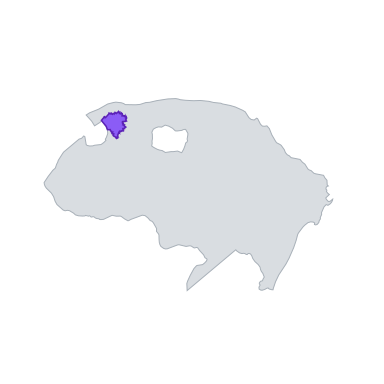 location of Zululand, KwaZulu-Natal, South Africa, rotated 230°
{"feature_id": "47623444B26591670939926", "entity_name": "Zululand", "entity_type": "district", "adm_level": 2, "iso_a3": "ZAF", "parent_name": "South Africa", "parent_adm1": "KwaZulu-Natal", "projection": "mercator", "projection_center": [31.134, -27.898], "detail": "fine", "context": "in_parent", "style": "filled", "palette": "violet", "viewbox_px": 384, "rotation_deg": 230, "n_neighbors": 0, "source": "geoboundaries", "source_scale": "gbopen_adm2", "svg_char_len": 7716}
<svg xmlns="http://www.w3.org/2000/svg" viewBox="0 0 384 384"><g transform="rotate(230 192 192)"><path d="M261.0,81.7L269.2,80.5L272.9,81.2L277.4,83.0L281.5,83.6L288.6,82.9L291.0,83.2L292.9,83.9L294.3,84.8L296.4,91.9L298.1,99.5L298.1,102.0L298.3,102.9L300.3,106.2L301.1,108.2L302.2,109.9L304.8,118.1L305.1,119.5L305.1,139.5L304.1,141.9L304.5,145.1L303.3,145.5L296.3,141.4L295.1,141.6L293.1,143.1L291.2,145.5L290.4,147.5L286.8,152.9L286.6,156.4L286.9,159.3L288.1,159.5L288.9,161.6L290.9,165.0L294.1,167.2L297.1,168.2L301.4,168.4L304.7,168.4L304.5,166.1L305.3,159.9L310.8,160.7L319.0,160.4L318.5,164.4L315.5,173.6L313.6,184.0L311.1,189.2L309.8,191.4L305.8,195.2L303.7,196.5L301.9,197.0L295.1,204.8L292.5,208.5L290.2,214.1L288.0,217.1L284.7,223.6L278.9,233.2L274.0,239.6L271.8,241.4L270.3,242.3L266.4,246.0L260.9,251.9L256.7,257.3L250.5,263.3L246.8,266.0L241.4,271.2L239.8,272.0L233.7,276.9L229.3,279.8L222.1,283.3L219.2,284.3L212.4,283.4L209.6,283.9L207.2,285.9L207.0,289.0L206.0,289.4L199.8,288.0L197.2,288.3L195.7,289.9L194.5,291.9L190.9,292.0L184.5,289.9L177.0,288.6L175.3,288.5L171.7,290.0L170.4,290.3L165.1,289.9L162.2,288.9L159.3,288.9L157.2,289.8L154.6,290.0L147.5,295.7L143.9,295.7L140.7,296.4L135.2,295.6L133.5,296.0L131.8,297.0L128.1,297.4L126.6,298.3L120.2,303.5L117.6,302.9L114.2,302.9L110.5,300.1L109.0,300.3L109.4,299.4L109.5,298.0L108.2,296.5L106.7,296.5L105.9,295.3L103.7,295.2L101.8,295.6L101.5,290.8L100.6,290.3L98.3,290.2L97.2,290.4L96.7,290.8L96.1,291.9L96.1,295.2L95.3,294.3L94.4,292.3L94.1,290.1L94.4,287.6L96.1,286.7L95.7,283.5L93.0,278.0L91.4,276.8L90.1,274.0L88.8,273.0L88.3,271.1L87.1,269.5L86.7,267.0L87.3,265.6L88.4,264.9L89.5,266.1L90.9,265.6L92.8,263.8L94.0,261.1L94.1,256.8L93.8,254.1L92.2,247.2L91.5,245.6L88.0,240.7L84.0,234.1L78.9,223.8L76.4,217.6L72.7,205.2L69.5,198.2L65.5,191.7L65.0,191.3L65.6,190.5L67.7,189.0L68.7,188.6L69.2,188.8L69.7,188.4L70.2,187.4L70.6,185.1L71.6,182.7L72.5,181.7L74.4,181.0L75.8,181.9L76.4,182.8L76.7,184.0L77.3,184.5L78.3,184.5L79.1,185.2L79.5,186.7L79.4,187.7L78.8,188.4L78.9,189.3L79.6,190.4L80.4,192.7L84.3,194.0L86.5,194.1L88.6,194.7L90.6,195.8L93.8,196.1L98.2,195.5L101.9,195.8L104.8,196.8L106.9,197.0L108.2,196.3L108.8,195.4L108.6,194.1L109.3,193.4L110.7,193.0L111.9,192.1L112.8,190.6L114.8,189.3L118.0,188.4L119.6,188.4L119.6,124.9L125.2,129.2L126.5,131.2L129.3,137.1L132.1,144.3L132.6,147.9L132.5,148.6L129.6,153.4L129.5,155.8L129.8,158.6L130.5,160.0L131.3,160.4L133.3,159.7L136.4,160.5L142.4,160.2L145.3,160.5L146.1,160.3L146.7,159.7L147.5,158.0L148.2,157.5L151.0,156.7L152.2,155.8L154.1,152.5L160.0,148.1L160.7,147.0L164.4,136.5L165.5,135.0L167.1,134.0L170.3,133.2L172.3,133.6L174.3,134.5L176.6,136.1L180.1,138.9L181.2,139.4L184.7,139.5L186.8,141.4L193.3,142.6L195.1,142.6L197.1,141.6L200.4,141.6L204.0,140.9L206.2,139.0L210.3,127.6L210.8,125.0L211.2,124.4L214.6,123.1L218.7,122.1L219.6,121.6L222.2,118.4L225.5,115.8L227.9,106.7L229.4,104.5L230.3,103.6L230.9,103.6L231.8,103.1L232.9,102.0L234.2,101.3L235.8,101.0L236.8,100.3L237.2,99.1L238.0,98.5L239.1,98.5L239.8,98.1L239.9,97.3L242.5,95.4L242.5,94.6L243.9,92.7L246.8,89.7L249.4,88.0L251.9,87.7L256.5,86.1L258.1,84.7L259.2,82.7L261.0,81.7ZM253.3,218.1L257.4,216.5L260.5,214.4L261.2,210.5L263.5,208.1L264.4,205.9L265.0,202.8L263.6,199.7L261.7,198.7L258.3,196.0L256.7,194.1L254.7,192.6L253.2,190.7L250.8,191.3L247.1,192.8L244.8,194.2L242.9,195.8L239.4,197.0L236.2,202.2L235.1,203.4L232.6,207.3L228.9,209.2L228.9,209.8L230.1,213.0L231.8,216.1L233.6,218.7L233.5,220.2L234.1,221.5L235.7,222.3L238.4,225.5L239.7,226.6L243.8,227.3L244.4,227.1L245.5,225.2L245.7,223.9L248.4,219.7L249.6,218.5L253.3,218.1Z" fill="#d9dde1" stroke="#a8b0b8" stroke-width="1"/><path d="M283.7,179.3L283.8,179.3L284.0,179.3L284.3,179.3L284.6,179.5L284.8,179.7L284.8,179.9L285.0,179.9L285.0,180.1L284.8,180.2L283.9,181.1L284.1,181.4L284.4,182.0L284.6,182.2L284.8,182.3L284.6,182.3L284.2,182.9L284.2,183.0L284.3,183.0L284.6,182.9L284.8,182.9L285.1,182.7L285.1,182.8L285.3,182.7L285.6,182.8L285.8,182.6L286.0,182.7L286.0,182.8L286.3,182.8L286.5,182.9L286.6,183.0L286.9,182.7L287.0,182.7L287.0,182.8L287.2,182.6L287.4,182.7L287.4,182.8L287.5,182.7L287.5,182.8L287.7,182.6L287.8,182.5L288.0,182.7L288.0,182.8L288.1,183.0L288.3,183.2L288.3,183.3L288.5,183.5L288.8,183.4L289.0,183.5L289.0,183.4L288.9,183.2L289.0,183.0L289.4,183.4L289.8,183.2L290.1,183.8L290.2,183.7L290.6,184.0L290.3,184.5L289.9,185.0L289.0,186.0L288.7,186.8L289.3,186.5L289.3,187.6L289.8,187.4L289.7,187.5L289.7,187.8L289.8,187.9L290.0,187.9L290.2,188.1L290.3,188.1L290.2,188.3L290.7,188.6L290.9,188.8L291.0,188.9L290.9,189.0L291.1,189.1L291.0,189.3L291.3,189.3L291.6,189.4L291.8,189.4L291.7,189.6L291.5,189.8L291.8,189.9L291.9,190.0L292.2,190.0L292.4,190.0L292.5,190.1L292.7,189.9L292.8,189.5L292.8,189.4L293.0,189.5L292.8,189.2L293.3,188.8L293.7,188.6L294.1,189.0L294.5,188.6L295.0,188.4L294.9,188.2L295.0,188.0L295.0,187.8L295.0,187.6L295.3,187.3L296.2,188.5L296.8,188.9L297.2,188.7L297.7,188.8L297.5,188.1L297.8,187.9L297.9,188.0L298.1,188.1L298.2,187.8L298.4,187.7L298.1,187.3L298.3,187.2L298.5,187.3L298.6,187.1L298.8,187.0L299.1,187.4L299.1,187.0L299.3,187.1L299.3,187.5L299.6,187.6L299.8,187.6L299.7,187.4L299.9,187.2L300.0,187.3L300.2,187.5L300.3,187.5L300.4,187.4L300.6,187.4L300.4,187.2L300.7,187.0L300.7,186.8L300.8,186.4L300.9,186.0L301.0,186.0L301.0,185.9L301.0,185.7L300.7,185.2L300.7,184.5L301.2,184.3L301.3,184.3L301.3,184.5L301.5,184.4L301.8,184.3L301.9,184.1L302.0,184.1L302.0,184.3L302.4,184.3L302.5,184.2L302.3,184.0L302.2,184.0L302.2,183.9L302.3,183.9L302.2,183.6L302.1,183.4L302.3,183.2L302.2,183.0L302.1,182.9L302.3,182.9L302.3,182.6L302.5,182.5L302.5,182.4L302.4,182.4L302.5,182.1L302.6,181.8L302.6,181.7L302.5,181.1L303.0,180.9L303.4,181.1L303.6,181.0L303.9,181.0L303.9,180.9L304.0,181.0L304.5,181.3L304.4,181.2L304.5,181.0L304.5,180.9L304.5,180.7L304.5,180.4L304.4,180.1L304.5,179.9L304.6,179.7L304.6,179.4L304.8,179.3L305.0,179.4L305.1,179.2L305.2,179.3L305.3,179.3L305.5,179.3L305.8,179.2L305.3,178.5L304.6,173.8L304.7,173.7L304.7,173.4L305.0,173.4L305.1,173.1L305.3,173.2L305.4,173.3L305.6,173.4L305.9,173.3L306.0,173.4L306.1,173.2L306.0,172.7L305.8,172.5L305.8,172.2L305.7,172.0L305.6,171.8L305.6,171.7L305.5,171.3L305.6,171.1L305.4,170.0L305.3,169.7L305.2,169.7L305.2,169.3L305.1,169.1L305.2,168.8L305.1,168.6L297.5,168.5L294.1,167.3L293.0,168.6L292.4,169.5L292.1,169.4L291.4,168.9L291.2,168.9L291.1,169.0L290.9,168.9L290.7,169.0L290.4,169.1L290.2,169.3L290.0,169.1L289.9,169.3L289.5,169.3L289.3,169.4L289.2,169.3L289.0,169.5L289.0,169.3L288.9,169.3L288.9,169.1L288.7,168.8L288.7,168.7L288.7,168.4L288.4,168.4L288.1,168.5L288.1,168.4L288.1,168.5L287.8,168.5L287.8,168.8L287.7,168.9L287.7,169.0L287.3,169.1L287.1,169.2L287.1,168.9L287.0,169.0L286.9,168.9L287.0,168.8L286.9,168.9L286.9,168.7L286.7,168.7L286.3,168.7L286.2,168.5L286.2,168.4L286.0,168.2L285.9,168.4L285.9,168.2L285.7,168.3L285.6,168.2L285.4,168.0L284.6,168.1L283.5,168.7L283.1,168.7L282.9,168.7L282.5,168.5L282.1,168.5L281.8,168.6L281.6,168.7L281.4,168.7L281.3,169.3L281.5,169.1L281.9,169.0L281.9,169.3L281.8,169.5L282.2,169.8L281.9,170.2L281.9,170.3L282.1,170.2L282.4,170.5L282.3,171.0L282.5,171.2L282.8,171.4L283.5,171.7L283.6,172.3L283.9,172.7L283.9,172.8L284.3,173.5L284.1,174.0L283.9,174.1L284.7,174.3L284.7,175.2L284.9,175.2L284.9,175.4L284.9,175.5L285.1,175.5L285.1,176.0L284.9,176.1L284.7,176.1L284.3,176.0L284.1,175.9L284.0,176.1L284.0,176.3L284.1,176.5L284.2,176.8L284.2,177.2L283.9,177.4L283.9,177.5L283.7,177.5L283.6,177.9L283.6,178.0L283.4,178.2L283.5,178.2L283.5,178.3L283.5,178.5L283.4,178.6L283.5,178.8L283.4,178.9L283.4,179.0L283.4,179.3L283.6,179.3L283.7,179.2L283.8,179.3L283.7,179.3Z" fill="#8b5cf6" stroke="#5b21b6" stroke-width="1.5"/></g></svg>